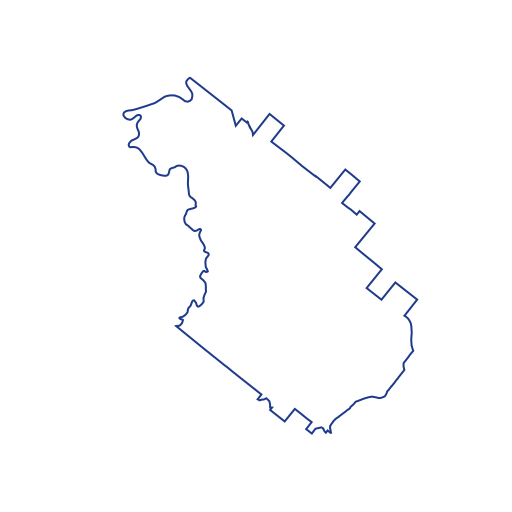 outline of Maitland, New South Wales, Australia, rotated 209°
{"feature_id": "25037944B62637049608158", "entity_name": "Maitland", "entity_type": "district", "adm_level": 2, "iso_a3": "AUS", "parent_name": "Australia", "parent_adm1": "New South Wales", "projection": "robinson", "projection_center": [151.583, -32.708], "detail": "fine", "context": "isolated", "style": "outline", "palette": "blue", "viewbox_px": 512, "rotation_deg": 209, "n_neighbors": 0, "source": "geoboundaries", "source_scale": "gbopen_adm2", "svg_char_len": 6051}
<svg xmlns="http://www.w3.org/2000/svg" viewBox="0 0 512 512"><g transform="rotate(209 256 256)"><path d="M294.8,383.6L313.0,386.8L317.3,360.4L318.4,361.9L319.3,362.9L320.1,363.5L322.8,365.1L323.7,365.8L323.8,365.6L327.0,368.1L328.1,369.3L328.4,369.2L328.6,369.3L328.8,368.3L335.2,369.3L336.8,360.1L347.9,371.5L363.2,374.0L400.0,379.9L400.6,379.2L401.3,377.4L401.6,375.1L401.5,374.5L400.4,372.8L398.5,371.4L395.3,369.9L392.2,368.4L390.2,366.8L389.0,364.5L388.3,362.0L389.0,359.6L390.6,357.8L391.3,357.6L393.2,357.0L396.3,357.5L400.5,357.8L404.9,357.0L408.6,355.1L411.6,352.7L413.2,350.9L416.5,344.5L418.6,340.8L425.3,333.4L432.0,326.4L435.3,323.3L437.8,321.6L439.5,320.1L440.7,318.3L441.0,316.8L440.6,315.5L440.2,314.9L439.3,314.3L437.9,313.6L436.4,313.3L434.6,313.4L432.4,314.0L431.0,315.3L429.8,317.7L428.6,320.8L427.9,321.8L427.0,322.5L426.1,322.8L425.5,322.9L424.4,322.4L423.8,321.3L423.5,320.1L423.7,318.7L424.2,316.5L424.2,314.4L423.8,312.8L422.8,311.2L421.0,309.5L419.1,308.1L418.0,306.9L417.4,305.9L417.0,304.7L416.9,304.1L416.8,303.5L416.9,302.6L417.1,301.9L417.4,301.4L418.2,300.1L419.6,298.2L420.2,297.5L421.0,296.2L421.3,294.8L421.5,293.6L421.6,292.9L421.5,292.5L421.3,291.8L420.9,291.0L419.8,290.2L419.2,290.1L418.5,290.3L416.3,291.8L415.8,292.0L415.2,292.3L413.8,292.8L412.8,293.0L411.6,293.0L409.6,292.8L405.9,291.3L398.5,287.2L396.7,286.4L394.6,285.7L393.3,285.7L390.2,285.7L388.6,285.3L387.4,284.7L386.3,283.6L385.5,282.7L384.9,281.5L384.4,281.0L383.3,280.4L382.7,280.2L381.2,280.1L379.0,280.4L377.7,280.8L376.7,281.2L375.3,281.6L374.0,282.4L373.4,282.7L373.1,283.1L372.5,284.0L372.3,284.8L372.3,285.3L372.6,286.8L373.4,289.6L373.4,290.0L373.3,290.4L373.0,291.1L372.1,292.2L370.3,294.0L369.6,295.0L369.3,295.9L368.9,296.4L367.5,297.6L365.8,298.4L365.1,298.6L363.1,298.9L361.6,298.9L360.7,298.6L360.1,298.5L358.4,297.7L357.5,297.1L356.6,296.3L356.0,295.6L354.5,293.6L353.6,292.2L351.1,287.1L349.8,284.9L346.5,280.4L344.6,277.6L343.4,276.5L342.5,276.1L341.3,275.8L340.2,275.8L338.2,275.4L336.9,275.1L336.3,274.9L334.9,273.9L334.5,273.4L334.2,273.0L334.0,272.5L333.7,271.6L333.6,271.2L333.0,270.7L332.5,270.5L332.5,270.4L332.4,270.0L332.7,269.0L332.9,268.6L334.6,266.7L335.4,266.1L337.3,264.2L337.6,263.8L337.8,263.6L338.1,263.2L338.1,262.7L338.2,261.8L337.7,259.1L337.6,258.0L337.7,256.8L337.5,255.7L337.3,254.8L337.1,254.2L336.2,252.8L335.6,252.0L335.0,251.3L334.2,250.7L333.5,250.3L332.5,249.7L332.1,249.6L331.7,249.8L329.3,249.4L326.6,248.7L325.4,248.5L324.0,248.1L322.3,248.0L321.8,248.1L321.4,248.4L320.2,249.5L319.2,251.1L318.9,251.7L318.5,252.2L318.1,252.5L317.9,252.6L317.4,252.5L316.9,252.2L316.7,252.1L316.6,251.9L316.5,249.2L316.3,248.2L315.8,246.8L315.3,246.0L314.0,244.7L311.7,242.9L308.3,241.2L306.8,240.3L305.4,239.2L305.0,238.8L304.5,237.9L304.3,237.5L304.3,237.0L304.3,236.0L304.0,235.3L303.4,235.0L302.5,235.0L300.0,235.3L299.5,235.3L299.2,235.3L298.9,235.2L298.5,234.9L298.3,234.7L298.0,234.2L297.9,233.6L298.1,231.9L298.4,230.6L298.4,229.9L298.4,229.0L298.0,227.9L297.7,227.3L297.3,226.1L295.7,223.6L294.2,221.6L292.8,221.0L292.5,220.8L291.7,219.9L290.9,219.5L290.8,219.4L290.7,219.1L290.9,218.7L291.9,217.8L292.3,217.7L292.6,217.7L293.8,217.9L294.1,217.9L294.4,217.7L294.8,217.1L295.0,216.1L295.3,214.1L295.2,211.9L295.1,211.2L294.9,210.8L294.5,210.4L293.7,209.9L291.2,209.4L289.9,209.1L289.2,208.8L287.6,208.1L287.0,207.7L285.8,206.2L284.1,203.3L283.5,202.0L282.9,201.5L282.6,200.9L282.4,199.8L282.2,197.0L281.6,193.9L281.1,193.1L280.7,192.3L279.9,191.2L279.8,190.8L279.6,190.0L279.7,189.5L280.0,187.8L280.7,185.7L281.3,184.5L281.7,183.9L282.0,183.7L282.3,183.6L282.9,183.7L283.7,184.0L284.1,184.3L284.7,185.0L285.9,186.0L288.2,187.1L288.7,187.2L289.0,187.0L289.3,186.7L289.6,186.3L289.7,185.9L289.7,184.9L289.2,181.3L289.1,180.7L289.7,178.5L289.8,177.2L289.7,176.8L289.0,174.5L288.7,173.9L288.7,173.3L288.8,172.2L288.9,171.5L289.5,169.5L290.5,167.6L291.3,166.7L292.8,165.4L293.0,164.9L292.8,164.6L292.7,164.4L291.5,164.2L290.8,164.4L289.5,164.7L289.2,164.7L288.9,164.6L288.6,163.9L288.5,163.1L288.3,162.1L288.2,161.3L288.5,159.7L288.9,158.4L289.1,158.2L289.3,157.9L290.9,156.6L291.1,156.4L291.7,156.2L291.9,156.0L257.9,149.9L229.9,145.1L227.2,144.8L220.5,143.5L184.1,137.5L185.1,131.5L182.8,131.5L181.2,133.3L179.7,134.2L177.9,136.6L174.0,135.5L172.0,133.4L170.2,130.4L168.5,131.2L169.0,128.2L150.7,125.2L149.0,134.9L148.8,135.8L148.7,136.5L147.9,141.1L139.9,139.8L132.7,138.5L126.8,137.7L128.2,128.9L121.1,127.8L120.3,133.7L115.8,137.8L115.1,137.8L113.7,137.8L113.7,137.6L110.9,135.8L109.2,135.3L108.8,138.1L105.0,137.5L104.7,137.8L105.2,138.3L106.6,140.1L107.6,141.1L108.2,142.3L108.7,143.0L108.7,144.5L108.3,147.9L108.3,148.5L108.3,148.8L108.0,149.8L107.5,151.8L107.1,152.8L105.7,155.5L105.4,156.5L104.6,158.1L104.3,158.9L102.1,163.7L101.5,165.4L100.3,167.6L100.0,168.7L100.1,169.4L100.1,170.0L99.3,172.1L98.7,174.0L98.3,176.5L98.1,176.9L97.7,177.5L97.1,178.0L96.5,178.7L95.9,179.5L94.7,180.9L93.4,182.5L91.9,184.2L89.1,187.0L87.0,188.7L86.5,189.2L86.0,189.4L82.0,190.7L80.3,191.1L79.8,191.2L78.5,192.0L77.7,192.8L77.2,193.3L75.9,194.8L75.4,195.8L75.2,196.2L75.2,199.3L75.6,201.1L75.1,203.0L74.5,207.4L74.4,207.4L74.3,207.5L74.1,208.8L73.4,212.9L73.2,214.9L72.8,217.0L72.6,217.4L72.6,218.0L72.4,219.8L71.0,228.3L72.9,230.3L73.7,231.4L74.5,232.9L74.8,233.6L75.0,234.2L74.5,236.8L73.7,241.8L73.5,244.2L72.5,249.3L74.6,251.2L75.5,252.2L76.6,253.3L77.7,255.0L79.5,257.8L80.6,260.0L81.9,262.9L82.5,264.2L83.0,265.0L85.4,268.8L86.3,270.1L87.7,271.9L89.5,273.3L91.2,274.3L92.0,274.7L93.3,275.2L94.3,275.4L95.3,275.6L97.2,275.7L93.9,296.0L121.3,300.4L125.1,278.6L138.8,280.8L143.7,281.6L139.5,305.4L150.3,307.5L164.3,310.0L173.5,311.8L168.0,341.9L187.2,345.5L188.0,341.0L195.5,342.6L199.1,342.9L206.4,344.1L206.1,346.0L204.7,353.2L204.5,353.5L203.9,357.7L201.4,371.5L212.2,373.6L219.8,374.9L220.2,372.9L224.0,351.6L239.7,354.4L242.5,354.8L242.5,354.5L247.5,355.2L248.8,355.4L250.6,355.7L252.1,355.9L259.2,357.0L272.4,359.6L279.5,360.8L298.1,363.5L294.8,383.6Z" fill="none" stroke="#1e3a8a" stroke-width="2"/></g></svg>